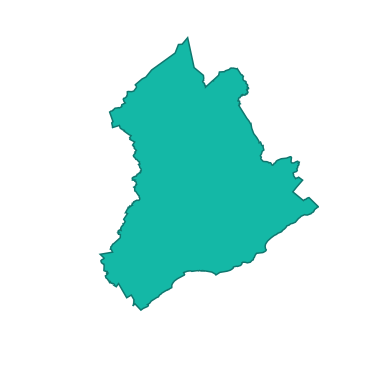 outline of Central Hawke's Bay District, Hawke's Bay, New Zealand, rotated 34°
{"feature_id": "76426892B41441178851735", "entity_name": "Central Hawke's Bay District", "entity_type": "district", "adm_level": 2, "iso_a3": "NZL", "parent_name": "New Zealand", "parent_adm1": "Hawke's Bay", "projection": "equal_earth", "projection_center": [176.584, -40.056], "detail": "fine", "context": "isolated", "style": "filled", "palette": "teal", "viewbox_px": 384, "rotation_deg": 34, "n_neighbors": 0, "source": "geoboundaries", "source_scale": "gbopen_adm2", "svg_char_len": 6008}
<svg xmlns="http://www.w3.org/2000/svg" viewBox="0 0 384 384"><g transform="rotate(34 192 192)"><path d="M102.1,66.5L101.2,75.0L98.3,77.3L100.3,86.2L90.3,113.4L89.5,122.5L87.4,126.2L85.0,134.8L85.3,135.1L86.5,135.2L87.5,136.4L87.3,140.9L85.8,142.6L82.8,144.4L82.3,145.1L84.1,147.7L84.0,148.4L84.5,149.3L83.6,152.2L83.0,152.6L83.1,153.5L84.9,154.9L86.9,155.5L85.0,158.9L85.6,160.3L86.0,160.5L84.8,162.9L83.7,163.3L83.4,163.8L81.4,165.5L81.1,166.2L81.0,168.0L80.7,168.1L80.4,169.5L79.5,170.4L79.0,171.8L87.2,177.9L86.8,179.1L86.9,179.7L88.5,181.3L89.3,181.7L89.6,182.6L90.1,183.0L94.6,177.4L96.7,179.1L97.5,179.3L98.0,179.0L99.3,179.3L101.5,178.8L101.6,179.5L107.8,179.7L110.0,179.3L110.0,182.0L111.0,182.2L111.1,183.1L116.5,182.6L116.5,186.3L117.7,186.4L118.0,187.0L119.1,186.9L119.7,188.1L122.6,188.6L122.3,190.9L123.1,191.0L123.3,191.7L123.0,192.7L123.0,194.6L123.9,195.3L125.4,195.5L127.2,196.3L128.1,195.9L130.6,196.6L131.6,196.4L132.1,197.4L133.1,197.9L132.3,199.1L133.7,199.6L135.1,200.9L136.7,201.3L137.8,202.4L137.5,203.6L138.3,203.8L138.4,205.1L137.6,205.4L137.5,206.7L136.6,208.1L137.0,209.4L136.6,210.0L136.8,210.3L135.5,211.6L135.6,211.9L135.0,212.6L134.8,213.3L134.7,213.8L135.1,213.9L135.1,214.4L135.7,214.8L135.8,215.4L136.7,215.1L137.5,214.2L138.1,214.0L137.9,214.5L138.7,215.1L140.0,214.9L141.2,216.1L141.3,216.6L141.8,216.7L141.5,217.5L141.8,217.6L141.5,219.6L141.1,220.4L142.0,220.4L141.8,220.7L142.3,220.8L143.6,222.7L144.4,223.2L144.9,222.9L149.1,224.6L150.4,224.8L151.0,225.8L151.6,225.9L152.7,227.0L152.6,228.7L150.8,229.7L149.5,232.1L149.5,232.6L149.2,232.8L149.5,233.2L149.3,234.3L148.8,234.7L149.5,235.9L149.4,236.3L149.7,236.4L149.4,236.6L149.6,236.9L149.4,237.5L148.3,238.5L148.5,238.8L148.9,238.8L148.5,240.0L148.3,239.7L148.3,240.1L147.9,240.0L147.6,240.5L148.2,241.6L148.0,242.0L148.4,246.4L149.1,245.8L150.1,246.3L150.6,246.1L150.6,252.8L153.2,253.9L153.2,256.9L152.7,257.0L153.4,257.8L153.2,259.2L152.9,259.5L153.0,261.0L153.4,261.6L153.2,261.8L153.5,262.5L154.7,263.5L153.0,264.1L152.6,265.8L153.3,265.8L153.5,266.4L153.9,266.4L153.3,267.4L154.0,267.5L154.7,268.1L156.4,267.3L158.1,270.0L155.9,278.8L155.5,279.3L155.5,280.7L155.7,281.9L155.4,282.9L156.2,284.2L156.2,285.0L157.5,284.9L159.8,286.3L150.7,295.0L156.2,296.0L156.2,296.8L155.3,298.1L154.9,299.6L155.0,300.1L156.0,300.8L156.1,301.5L156.1,301.2L158.4,301.4L159.2,301.1L159.5,301.6L160.1,301.8L162.9,306.4L164.3,306.2L164.6,305.8L165.6,306.0L166.2,305.4L166.6,306.3L167.7,306.1L167.9,307.4L167.3,307.6L167.6,307.8L167.6,308.8L167.1,310.0L168.7,311.3L170.5,311.4L172.3,312.2L173.5,312.3L173.6,312.8L174.2,313.0L174.0,312.4L174.2,312.0L175.9,312.8L177.0,312.3L177.4,312.5L177.9,312.0L179.1,312.0L179.7,312.3L180.0,312.7L179.8,313.0L182.2,312.9L182.3,309.0L197.0,316.2L199.3,311.4L204.4,313.9L204.6,315.0L205.4,315.5L205.7,316.8L206.3,317.5L206.6,319.6L207.3,316.6L215.7,318.5L216.6,315.9L219.3,311.5L219.2,310.4L218.5,309.6L218.3,309.7L219.1,307.9L219.2,305.2L221.8,299.2L222.8,297.8L222.7,295.4L223.3,294.2L223.6,292.5L225.8,287.8L226.3,287.4L226.4,286.6L227.3,285.9L227.4,285.0L228.7,282.6L227.2,280.3L227.0,278.0L227.2,275.5L228.5,271.9L232.1,265.1L232.0,264.6L230.1,263.5L232.4,260.3L234.8,258.2L236.2,257.9L240.4,254.2L241.6,253.7L241.9,253.0L243.3,252.5L244.0,251.8L244.1,252.1L246.3,250.7L246.1,250.5L253.2,247.3L256.9,247.0L258.2,247.4L260.1,243.0L265.3,238.1L267.4,235.5L268.2,233.8L268.7,231.9L268.3,231.3L268.7,230.4L270.5,228.6L271.3,228.3L273.3,225.8L273.6,224.4L273.3,223.0L273.0,222.8L273.4,221.8L275.4,220.5L277.5,219.8L279.6,217.6L280.0,215.2L280.7,213.9L280.1,212.5L280.2,211.1L279.7,209.2L279.8,206.7L284.6,202.6L285.6,200.8L286.1,199.3L285.9,198.4L284.6,197.9L282.9,196.0L282.1,193.9L282.1,190.2L283.1,186.1L284.5,182.0L285.7,180.0L286.3,178.1L288.1,175.5L288.6,174.4L288.4,173.6L289.3,171.0L289.7,169.0L289.6,167.0L291.1,165.0L291.5,163.3L293.0,161.7L294.6,159.2L295.1,154.4L295.8,152.5L295.9,151.3L298.1,147.7L298.6,147.7L300.5,146.6L302.8,143.4L302.9,142.5L303.8,140.6L303.6,139.9L303.8,139.4L303.5,138.4L303.8,136.8L304.4,135.5L304.3,134.6L305.0,133.9L304.8,133.5L292.1,131.2L291.2,132.3L290.6,133.6L290.5,134.5L289.5,135.4L289.2,136.8L275.5,135.5L276.0,129.4L277.1,120.3L272.1,120.1L271.4,121.6L270.6,122.2L270.4,123.0L267.1,121.7L266.7,121.0L265.2,119.8L265.7,118.5L267.2,116.5L267.2,115.6L267.1,115.0L265.8,114.2L266.0,112.8L265.0,111.2L265.4,110.7L265.4,109.9L265.1,109.2L264.1,108.9L264.6,108.2L264.3,107.3L263.3,107.7L262.4,107.4L261.5,108.5L260.1,111.1L258.4,112.1L257.1,111.5L255.2,107.8L254.5,107.5L253.7,107.8L251.4,111.1L247.4,114.5L245.1,118.0L244.6,119.4L244.8,121.2L244.1,122.3L244.2,124.0L243.5,124.9L240.8,123.8L239.8,124.3L239.5,124.8L238.7,124.6L237.1,125.0L234.0,126.8L231.1,126.2L230.3,125.8L230.0,124.3L228.7,124.0L228.3,123.6L228.3,121.6L227.4,118.9L228.1,117.0L225.9,115.1L225.1,113.9L224.9,114.3L223.5,114.1L220.9,112.3L220.2,113.7L218.9,112.4L215.3,110.7L210.5,109.1L205.8,105.7L202.6,102.3L202.4,102.7L199.3,101.2L196.4,100.3L182.5,94.1L182.8,93.7L182.7,93.3L181.9,92.8L182.6,91.9L181.9,91.8L180.7,90.2L179.2,90.8L179.0,90.5L179.2,89.6L178.5,89.0L178.3,87.6L179.0,86.9L178.8,85.8L179.2,84.7L178.8,84.1L179.3,83.2L179.7,83.6L179.8,82.7L180.7,82.8L181.6,82.1L181.8,80.9L182.2,81.1L182.3,80.6L182.1,80.3L182.7,79.9L182.4,79.4L182.8,79.2L182.5,78.6L182.6,77.9L180.6,77.0L180.5,76.8L181.0,76.6L180.7,75.9L180.4,76.0L180.7,75.3L180.4,75.2L181.0,74.6L180.4,74.0L179.8,74.3L179.6,73.9L179.2,74.1L178.6,73.4L178.5,72.4L178.0,72.0L176.0,71.8L175.6,70.9L175.0,70.3L174.2,70.3L173.4,70.7L171.3,70.3L171.0,69.5L170.2,68.9L170.2,68.2L169.9,67.3L169.2,67.4L168.1,66.9L167.8,67.2L166.5,67.0L160.5,64.4L160.4,64.8L156.9,66.2L155.8,67.1L155.1,67.3L154.5,68.3L154.6,68.8L154.2,69.8L151.9,72.8L151.6,74.1L147.6,77.2L148.8,80.3L147.2,87.1L147.6,87.8L146.9,88.0L144.6,97.5L144.4,97.2L142.9,96.4L143.0,96.2L142.7,96.2L141.5,95.0L140.1,95.0L139.0,94.4L138.9,93.9L139.3,93.0L138.5,92.1L138.2,91.2L136.2,88.9L124.2,87.7L102.1,66.5Z" fill="#14b8a6" stroke="#0f766e" stroke-width="1.5"/></g></svg>